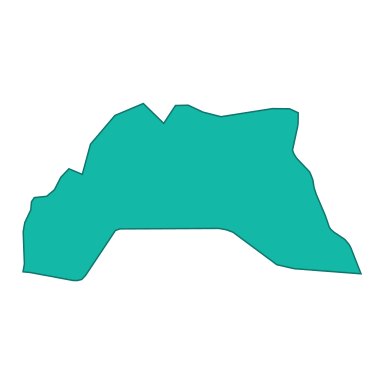 outline of Hanover
{"feature_id": "JAM-1371", "entity_name": "Hanover", "entity_type": "Parish", "adm_level": 1, "iso_a3": "JAM", "parent_name": "Jamaica", "parent_adm1": "", "projection": "equal_earth", "projection_center": [-78.136, 18.373], "detail": "fine", "context": "isolated", "style": "filled", "palette": "teal", "viewbox_px": 384, "rotation_deg": 0, "n_neighbors": 0, "source": "natural_earth", "source_scale": "10m", "svg_char_len": 761}
<svg xmlns="http://www.w3.org/2000/svg" viewBox="0 0 384 384"><path d="M23.0,271.8L24.4,263.9L23.2,231.7L24.8,222.5L30.8,209.9L31.5,201.8L34.3,197.6L46.7,196.3L54.4,189.8L60.8,177.3L68.9,168.8L82.3,174.4L90.5,144.2L114.9,115.5L143.3,103.5L163.7,123.4L175.5,105.5L188.2,105.2L202.9,112.1L221.0,116.7L272.5,108.6L289.6,108.8L298.2,112.8L298.1,123.0L297.7,126.2L292.5,150.2L293.9,154.0L296.6,158.2L309.6,171.9L310.9,174.8L312.9,180.1L314.1,187.8L316.3,194.5L325.3,215.6L329.3,227.2L330.9,229.4L333.8,232.1L344.9,239.5L348.9,244.3L350.8,247.7L361.0,273.8L294.3,268.7L276.8,264.7L233.0,232.2L226.1,229.7L218.7,228.4L119.9,228.9L115.4,230.5L85.5,275.5L81.6,279.5L77.5,280.5L73.2,280.5L30.2,272.5L23.0,271.8Z" fill="#14b8a6" stroke="#0f766e" stroke-width="1.5"/></svg>